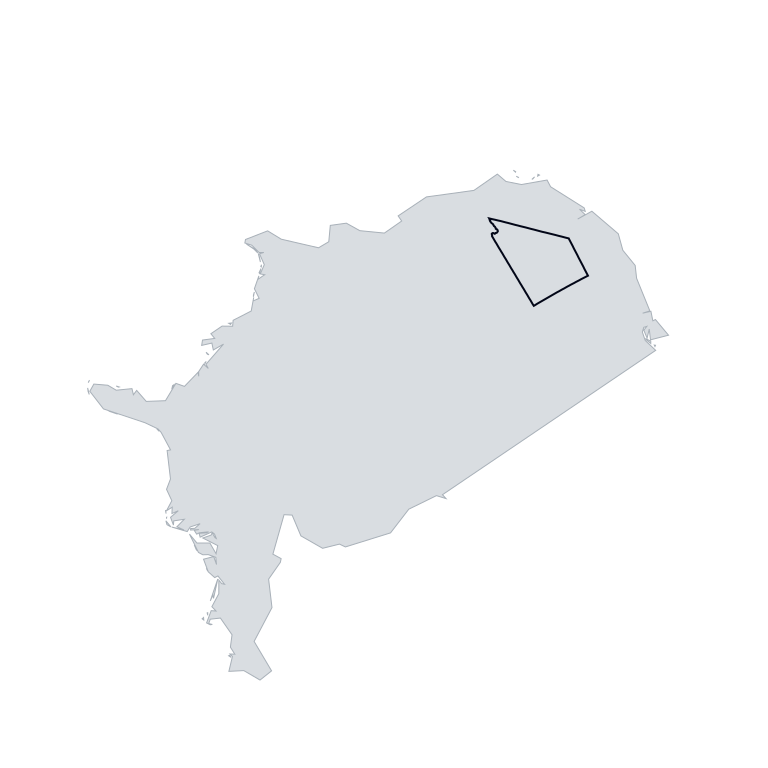 where Nevada sits in United States of America, rotated 150°
{"feature_id": "USA-3523", "entity_name": "Nevada", "entity_type": "State", "adm_level": 1, "iso_a3": "USA", "parent_name": "United States of America", "parent_adm1": "", "projection": "albers", "projection_center": [-115.554, 38.502], "detail": "fine", "context": "in_parent", "style": "outline", "palette": "ink", "viewbox_px": 768, "rotation_deg": 150, "n_neighbors": 0, "source": "natural_earth", "source_scale": "10m", "svg_char_len": 6185}
<svg xmlns="http://www.w3.org/2000/svg" viewBox="0 0 768 768"><g transform="rotate(150 384 384)"><path d="M592.8,246.4L625.2,226.0L624.8,191.8L639.4,189.6L648.7,205.9L662.0,212.7L651.5,223.8L652.4,227.2L648.3,224.6L648.6,232.9L641.0,242.8L642.7,263.1L652.1,267.2L655.6,264.2L652.9,261.6L654.9,262.4L657.1,265.8L647.0,274.1L643.0,271.4L644.4,277.2L631.9,285.0L625.1,296.7L624.4,292.3L622.2,290.3L623.8,300.8L627.4,301.0L630.1,309.2L627.9,322.5L617.8,319.7L619.3,311.4L616.3,318.0L621.5,324.1L626.3,326.7L628.9,330.9L627.5,351.3L625.5,339.8L614.3,333.3L614.3,321.0L608.8,327.2L617.9,341.2L609.3,339.6L607.2,341.1L607.2,335.4L606.5,334.1L605.8,338.8L607.1,342.0L619.8,343.3L618.8,347.1L611.9,343.8L609.8,343.7L618.3,347.5L621.3,347.6L621.5,352.1L617.1,350.5L624.5,354.2L623.7,355.5L620.0,353.6L613.1,355.0L623.3,357.1L628.2,354.6L639.4,366.3L630.2,357.6L634.7,363.9L624.6,366.7L634.5,370.6L636.9,367.1L635.5,375.3L625.5,377.1L632.4,377.9L629.0,383.2L635.7,383.0L626.1,389.0L625.0,401.5L616.4,408.5L605.1,434.8L601.8,433.7L601.2,453.6L602.2,458.1L610.3,469.9L639.4,502.7L642.4,524.8L635.3,529.0L623.8,521.0L619.0,512.5L604.6,506.0L606.4,500.0L601.4,502.1L598.6,487.8L581.6,478.8L563.9,488.6L558.0,481.7L539.2,487.1L540.6,483.3L538.3,487.4L530.3,491.4L528.4,485.3L528.3,490.1L503.0,498.8L514.8,498.8L512.6,505.5L522.6,508.6L519.2,512.8L507.8,508.1L508.8,514.1L495.3,515.1L486.2,509.7L482.8,514.6L462.5,513.6L453.5,524.2L455.8,521.4L449.3,520.6L448.6,531.3L438.3,540.2L440.6,537.7L432.7,538.3L436.1,541.2L428.0,547.2L426.7,559.0L422.3,558.0L426.4,560.3L429.1,570.3L434.0,575.7L431.7,578.4L408.2,574.8L400.6,560.8L372.6,534.7L360.7,534.8L351.2,548.2L336.2,542.1L328.3,528.9L308.2,514.5L287.2,516.3L287.7,522.5L253.7,524.8L209.3,506.7L180.9,509.1L177.1,498.4L165.2,488.0L140.8,479.1L141.1,471.5L122.6,436.4L123.4,432.9L127.3,437.6L125.1,430.1L133.8,430.0L117.6,429.7L106.0,396.9L110.3,380.4L107.2,361.1L112.4,349.2L117.2,314.4L124.6,316.0L116.5,313.5L119.6,304.3L116.7,304.1L113.2,284.0L131.1,289.0L126.8,299.0L133.2,292.2L132.1,300.7L127.6,302.5L130.7,303.2L134.3,299.8L136.0,291.1L131.9,277.3L388.7,258.9L387.6,253.8L394.4,261.1L425.1,263.2L452.8,251.8L498.9,262.2L502.6,267.6L519.3,272.4L531.9,294.0L529.1,316.4L535.9,320.8L565.3,292.2L560.4,284.2L562.9,281.4L581.5,272.7L592.8,246.4ZM637.7,286.8L642.9,283.0L625.4,298.3L638.8,283.6L637.7,286.8ZM132.7,285.7L134.8,291.4L134.6,292.2L131.5,287.8L132.7,285.7ZM433.2,574.0L428.6,565.7L427.8,560.6L429.2,565.9L433.2,574.0ZM653.1,223.7L654.4,226.3L653.3,226.2L653.1,223.7ZM487.1,512.3L488.1,514.2L485.6,513.1L487.1,512.3ZM150.0,488.1L152.9,487.1L153.1,487.4L150.0,488.1ZM147.0,487.2L145.8,488.6L144.9,487.2L147.0,487.2ZM652.3,271.8L651.6,274.2L651.0,274.1L652.3,271.8ZM428.5,555.6L427.6,560.0L430.1,551.4L428.5,555.6ZM630.3,491.7L636.0,498.2L629.5,491.2L630.3,491.7ZM164.4,495.6L165.6,497.8L164.2,495.7L164.4,495.6ZM644.0,525.5L642.6,528.8L644.5,522.3L644.0,525.5ZM642.3,370.7L641.3,374.6L640.0,366.8L642.3,370.7ZM130.6,281.0L130.5,282.6L129.5,281.8L130.6,281.0ZM436.6,542.8L432.8,545.5L436.5,542.1L436.6,542.8ZM658.1,269.7L658.9,271.6L657.0,272.0L658.1,269.7ZM164.2,501.7L165.1,504.5L163.8,502.0L164.2,501.7ZM432.0,547.2L430.5,548.6L431.7,546.7L432.0,547.2ZM629.4,334.5L628.8,339.5L629.1,332.8L629.4,334.5ZM452.6,526.3L450.3,528.5L453.5,524.8L452.6,526.3ZM602.4,455.5L603.2,458.8L602.1,456.7L602.4,455.5ZM636.7,383.1L636.2,384.1L637.5,380.7L636.7,383.1ZM570.5,485.5L567.9,488.3L566.5,488.4L570.5,485.5ZM529.0,491.2L528.5,492.0L526.7,492.4L529.0,491.2ZM615.6,514.1L616.9,516.2L614.9,513.9L615.6,514.1ZM522.1,498.2L522.2,500.5L521.0,496.8L522.1,498.2ZM638.8,533.6L637.1,534.6L639.4,533.0L638.8,533.6ZM630.2,310.8L630.0,313.3L630.1,309.9L630.2,310.8ZM639.7,376.1L639.0,377.3L638.8,377.3L639.7,376.1Z" fill="#d9dde1" stroke="#a8b0b8" stroke-width="1"/><path d="M215.2,376.8L215.3,379.0L215.3,381.2L215.3,383.3L215.4,385.5L215.4,387.7L215.4,389.9L215.5,392.1L215.5,394.3L215.5,396.4L215.6,398.6L215.6,400.8L215.7,403.0L215.7,405.2L215.7,407.4L215.8,409.6L215.8,411.7L215.8,413.9L215.9,416.1L215.9,418.3L216.0,420.5L216.0,422.7L216.0,424.9L216.1,427.0L216.1,429.2L216.1,431.4L216.2,433.6L216.2,435.8L216.2,438.0L216.3,440.2L216.3,442.3L216.4,444.5L216.4,446.7L216.4,446.8L216.4,447.2L216.4,447.7L216.4,448.3L216.4,449.1L216.4,450.0L216.5,450.9L216.5,451.9L216.5,452.9L216.5,453.8L216.5,454.7L216.5,455.5L216.5,456.1L216.5,456.6L216.5,457.0L216.6,457.7L216.5,457.8L216.3,458.3L216.1,458.5L216.0,459.0L215.8,459.5L215.7,460.1L215.3,460.3L214.7,460.4L214.4,460.4L214.2,460.3L214.0,460.1L213.8,460.0L213.7,459.8L213.4,459.2L213.2,459.0L213.1,458.8L212.9,458.7L212.7,458.7L212.6,458.8L212.3,459.0L212.2,459.0L211.8,459.0L211.7,458.9L210.9,458.6L210.7,458.6L209.9,458.9L209.5,459.1L209.1,459.3L208.9,459.5L208.9,459.8L208.9,460.1L208.9,460.3L208.7,460.6L208.7,461.0L208.8,461.4L209.0,461.7L209.5,462.3L209.6,462.6L209.5,462.8L209.3,463.1L209.3,463.3L209.3,464.1L209.3,464.5L209.3,464.8L209.8,465.8L209.8,466.0L209.7,466.3L209.8,466.9L209.6,467.6L209.8,468.1L210.0,468.8L210.4,469.5L210.5,469.9L210.5,470.2L210.5,470.6L210.7,471.3L210.7,471.8L210.7,472.1L210.6,472.7L210.4,472.8L210.1,472.8L210.0,473.1L210.2,473.5L210.3,473.7L210.2,473.8L210.0,474.1L210.1,474.6L210.1,474.8L208.0,472.8L205.8,470.8L203.6,468.7L201.5,466.8L199.7,465.0L197.9,463.2L196.1,461.5L194.3,459.7L192.5,457.9L190.7,456.1L188.9,454.4L187.1,452.6L185.0,450.6L183.0,448.7L181.0,446.7L179.0,444.7L177.0,442.8L175.0,440.8L173.0,438.8L171.0,436.8L168.5,434.5L166.0,432.1L163.5,429.7L161.0,427.3L158.6,424.9L156.1,422.5L153.7,420.1L151.2,417.7L151.3,416.8L151.4,414.2L151.5,411.6L151.6,409.1L151.8,406.5L151.9,404.0L152.0,401.4L152.1,398.8L152.3,396.3L152.4,393.7L152.5,391.2L152.6,388.6L152.7,386.0L152.9,383.5L153.0,380.9L153.1,378.4L153.2,375.8L155.2,375.9L157.1,376.0L159.1,376.1L161.0,376.2L162.9,376.2L164.9,376.3L166.8,376.4L168.8,376.4L170.7,376.5L172.6,376.6L174.6,376.6L176.5,376.7L178.5,376.7L180.4,376.7L182.3,376.8L184.3,376.8L186.2,376.8L188.1,376.9L190.1,376.9L192.0,376.9L193.9,376.9L195.9,376.9L197.8,376.9L199.7,376.9L201.7,376.9L203.6,376.9L205.5,376.9L207.5,376.9L209.4,376.9L211.4,376.9L213.3,376.8L215.2,376.8Z" fill="none" stroke="#020617" stroke-width="2"/></g></svg>